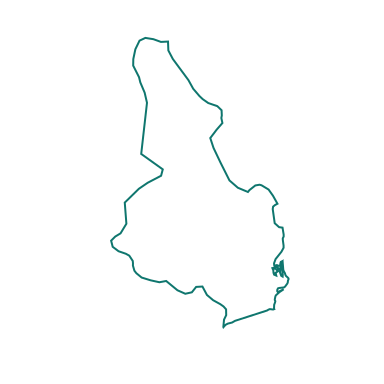 SVG path tracing the border of Adana, rotated 311°
{"feature_id": "TUR-3018", "entity_name": "Adana", "entity_type": "Province", "adm_level": 1, "iso_a3": "TUR", "parent_name": "Turkey", "parent_adm1": "", "projection": "mercator", "projection_center": [35.602, 37.508], "detail": "fine", "context": "isolated", "style": "outline", "palette": "teal", "viewbox_px": 384, "rotation_deg": 311, "n_neighbors": 0, "source": "natural_earth", "source_scale": "10m", "svg_char_len": 2172}
<svg xmlns="http://www.w3.org/2000/svg" viewBox="0 0 384 384"><g transform="rotate(311 192 192)"><path d="M224.5,283.7L220.0,289.1L218.5,290.4L216.6,290.9L215.5,291.9L211.7,296.2L210.0,297.7L205.6,298.7L196.2,299.1L192.0,300.7L190.7,302.0L189.4,304.6L188.1,305.5L188.6,304.5L188.6,303.8L188.3,303.3L187.3,302.6L186.2,304.8L184.5,306.5L183.5,308.2L184.2,310.4L185.9,308.1L188.5,308.9L188.8,306.6L189.5,306.8L189.9,307.2L190.2,307.7L190.4,308.4L191.0,307.4L191.2,306.4L191.0,305.4L190.4,304.5L192.1,303.6L192.7,304.4L193.1,305.8L194.0,306.6L195.2,306.2L196.3,305.4L197.5,304.9L199.0,305.5L192.3,308.6L189.1,311.1L187.3,314.3L187.6,315.9L189.1,314.8L194.2,308.9L195.7,307.9L197.5,307.5L193.2,311.9L192.5,313.1L191.6,315.6L190.8,316.7L190.3,318.1L190.3,320.0L190.1,321.5L189.3,322.2L188.2,322.5L186.4,323.7L185.4,324.0L181.7,324.3L180.3,324.0L176.7,320.7L175.6,320.1L174.0,320.6L173.0,321.5L172.7,322.7L173.9,323.0L174.8,323.3L178.7,325.0L173.9,323.7L169.0,323.1L168.0,323.4L165.3,324.9L164.7,325.5L164.3,326.5L163.2,327.1L160.8,328.0L157.8,330.4L157.6,330.9L156.5,330.3L154.7,327.6L153.4,326.9L151.8,326.4L123.0,309.0L119.8,307.9L116.2,305.4L113.9,304.5L112.1,304.4L110.6,304.4L110.7,304.2L116.7,299.9L121.5,298.6L125.8,294.7L126.3,290.9L125.9,286.9L124.2,278.9L124.1,270.8L127.5,261.9L123.1,257.4L116.2,257.7L110.8,253.7L108.3,245.5L107.9,230.9L102.5,226.6L98.2,218.7L94.4,210.1L94.2,203.3L94.8,200.2L97.7,195.7L99.5,194.2L101.1,192.5L102.8,186.4L102.0,182.6L99.1,175.4L98.6,168.1L102.2,162.9L108.0,163.3L113.9,165.2L125.0,163.3L139.9,148.2L159.6,149.8L169.9,152.5L184.0,158.0L189.9,155.1L187.4,128.7L229.8,99.5L235.9,91.1L240.8,81.1L243.9,76.7L248.8,64.7L253.8,60.5L262.6,55.6L271.8,53.1L277.7,55.7L282.0,62.6L284.9,70.1L289.8,75.2L283.3,81.3L279.8,90.3L274.1,115.9L270.7,125.2L269.3,134.7L269.1,139.1L269.8,145.9L273.4,154.8L273.1,160.7L269.3,164.3L267.1,165.6L264.0,169.7L255.3,169.7L244.7,170.4L239.4,179.3L232.9,194.2L225.3,212.7L225.3,223.8L228.7,234.2L231.1,234.1L238.5,235.5L241.8,238.2L242.7,240.1L244.1,248.2L242.3,255.6L239.2,264.2L236.6,263.2L234.2,262.8L232.1,264.1L222.7,274.9L222.6,280.8L224.5,283.7Z" fill="none" stroke="#0f766e" stroke-width="2"/></g></svg>